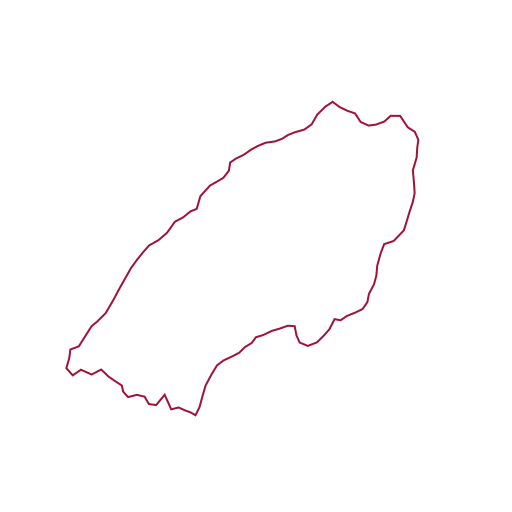 São João das Duas Pontes, São Paulo, Brazil, rotated 28°
{"feature_id": "56859067B69190017157520", "entity_name": "São João das Duas Pontes", "entity_type": "district", "adm_level": 2, "iso_a3": "BRA", "parent_name": "Brazil", "parent_adm1": "São Paulo", "projection": "equal_earth", "projection_center": [-50.384, -20.408], "detail": "fine", "context": "isolated", "style": "outline", "palette": "rose", "viewbox_px": 512, "rotation_deg": 28, "n_neighbors": 0, "source": "geoboundaries", "source_scale": "gbopen_adm2", "svg_char_len": 1565}
<svg xmlns="http://www.w3.org/2000/svg" viewBox="0 0 512 512"><g transform="rotate(28 256 256)"><path d="M168.3,263.8L166.5,277.4L162.4,287.9L156.7,296.7L154.6,305.4L152.7,315.2L151.3,325.2L151.0,336.9L150.7,348.8L150.7,361.4L150.1,377.0L146.5,388.6L143.8,395.0L142.8,407.9L142.0,418.9L136.0,425.7L139.1,434.0L141.2,444.1L150.2,447.4L154.8,438.6L166.5,437.8L172.6,428.9L182.4,431.7L189.2,432.5L198.3,433.3L202.4,438.1L209.3,440.6L216.0,434.5L223.7,432.5L230.9,437.0L237.8,434.5L240.5,421.4L247.7,427.0L253.1,431.2L258.8,426.1L266.0,425.6L271.6,424.8L277.3,425.0L277.1,416.0L274.3,403.7L272.3,394.0L272.3,382.4L272.9,370.9L276.2,363.7L281.8,356.2L286.6,349.3L289.0,341.6L293.0,334.9L294.1,327.7L299.2,322.7L305.1,314.7L310.8,309.2L316.9,302.6L323.1,299.8L328.9,307.0L335.1,311.9L343.9,311.1L350.4,303.6L353.2,294.6L355.2,286.2L355.0,274.9L360.9,273.0L364.5,266.1L369.7,260.0L375.0,252.8L376.0,244.4L373.5,236.4L373.5,225.6L371.4,216.6L367.6,207.7L364.8,195.0L363.6,185.3L370.5,178.1L374.5,164.0L372.8,154.7L370.8,144.7L369.1,134.7L366.6,126.1L361.2,117.3L354.3,106.8L351.6,93.6L347.4,84.4L344.8,77.2L337.9,71.8L329.5,71.1L317.5,64.6L309.1,69.0L306.2,77.0L300.3,83.6L294.2,88.0L285.4,88.5L276.5,83.6L268.4,84.9L259.7,85.2L251.3,83.9L247.1,91.6L243.7,102.4L243.3,113.7L239.3,121.7L232.1,128.6L227.4,134.2L224.0,140.3L218.9,146.0L211.4,151.4L206.0,157.9L201.8,164.3L197.4,172.8L192.6,179.3L189.3,185.6L192.0,193.3L190.5,202.2L186.9,208.2L182.3,215.4L178.8,229.2L181.5,242.3L177.3,247.2L173.5,256.1L168.3,263.8Z" fill="none" stroke="#9f1239" stroke-width="2"/></g></svg>